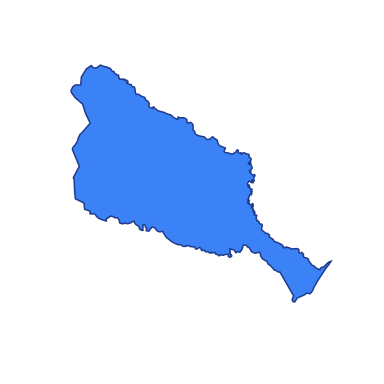 the district of La Masica, Atlántida, Honduras, rotated 119°
{"feature_id": "27666195B29134923600773", "entity_name": "La Masica", "entity_type": "district", "adm_level": 2, "iso_a3": "HND", "parent_name": "Honduras", "parent_adm1": "Atlántida", "projection": "natural_earth1", "projection_center": [-87.15, 15.604], "detail": "fine", "context": "isolated", "style": "filled", "palette": "blue", "viewbox_px": 384, "rotation_deg": 119, "n_neighbors": 0, "source": "geoboundaries", "source_scale": "gbopen_adm2", "svg_char_len": 6087}
<svg xmlns="http://www.w3.org/2000/svg" viewBox="0 0 384 384"><g transform="rotate(119 192 192)"><path d="M130.3,341.5L135.5,344.1L145.1,344.5L152.4,341.2L154.6,345.5L156.5,346.8L158.1,347.2L161.3,347.1L162.8,346.3L163.7,345.3L166.1,340.1L168.2,330.2L174.7,323.4L181.1,314.4L193.5,317.0L195.7,317.8L199.4,317.7L203.4,316.8L208.0,317.1L210.6,317.7L212.1,317.6L212.9,317.1L224.2,303.0L236.9,302.8L238.3,301.1L249.8,294.0L254.5,290.7L254.0,281.2L259.2,277.5L258.1,272.0L260.5,270.6L259.8,269.1L258.7,267.3L258.5,266.6L258.6,265.3L259.6,263.8L260.3,260.3L259.1,253.3L258.7,252.8L257.3,254.0L256.9,254.0L254.2,252.2L253.1,252.1L252.9,251.5L252.0,250.5L251.8,248.8L251.9,247.0L250.9,245.1L250.9,244.4L251.2,243.3L252.9,240.9L254.1,240.4L253.8,238.1L252.9,236.5L251.5,235.8L251.5,233.9L250.4,232.3L249.2,231.1L246.5,229.4L245.7,228.6L247.1,226.8L247.6,225.3L247.9,221.8L250.0,219.5L249.8,216.8L249.1,216.3L248.2,217.1L245.7,218.2L244.8,219.0L244.2,219.0L243.6,217.8L243.7,217.1L245.2,215.8L245.6,214.1L247.6,213.6L248.0,213.2L248.0,212.7L247.2,211.0L246.8,210.6L245.2,210.8L243.8,210.2L242.2,210.1L241.4,208.0L241.4,207.3L242.8,203.9L243.0,202.4L242.3,200.5L241.0,199.1L240.8,198.2L241.9,196.7L244.2,192.4L245.3,185.3L245.1,179.8L245.0,179.1L243.6,176.5L243.8,173.5L243.6,172.9L242.6,171.2L241.0,169.8L240.5,169.0L240.7,168.1L240.3,166.4L239.2,164.0L239.0,162.7L240.0,161.4L239.9,160.7L239.2,159.7L237.3,159.0L236.8,158.2L237.0,156.9L238.3,155.6L238.5,155.1L237.2,153.6L237.7,151.2L237.5,150.5L236.2,148.9L236.8,147.6L236.5,146.3L236.2,145.7L235.2,145.7L235.4,144.9L234.9,144.2L234.7,143.5L234.0,143.3L233.9,142.1L234.9,141.0L234.8,140.3L234.2,139.4L234.7,137.4L234.5,137.2L233.3,137.0L232.3,134.1L230.4,132.5L229.1,130.4L229.3,129.7L230.4,129.3L230.9,128.7L230.7,127.1L229.3,126.3L228.6,126.3L227.9,127.1L228.0,128.0L227.7,129.1L226.7,128.8L226.2,129.7L225.5,129.7L225.0,130.5L223.1,131.4L223.1,129.4L222.1,127.2L223.6,124.8L223.8,124.0L221.8,123.3L221.8,121.6L221.4,120.8L217.3,120.4L216.2,121.1L215.4,120.8L214.8,121.3L214.1,121.4L213.3,121.0L212.4,119.1L212.5,118.0L213.2,116.9L212.9,116.2L213.0,114.9L215.3,111.2L215.2,108.5L215.0,107.1L212.1,103.9L211.9,103.3L214.5,101.0L216.0,98.8L216.3,97.6L216.5,92.8L216.8,91.9L218.0,91.1L218.4,87.4L220.4,81.9L219.9,80.4L220.2,78.2L219.8,76.8L219.3,76.4L232.5,54.6L232.9,53.3L233.9,52.8L237.4,52.3L238.5,51.3L238.9,50.4L238.8,49.7L238.2,48.8L233.9,48.6L233.2,48.2L227.5,43.8L225.2,42.8L224.2,41.5L223.9,39.5L223.5,39.3L220.2,38.7L215.9,39.1L208.1,39.0L194.3,38.0L189.7,37.2L185.2,36.8L187.0,38.4L191.3,39.9L193.2,40.2L195.3,42.2L196.4,42.6L197.7,42.4L197.7,43.0L198.3,43.3L198.1,45.2L198.4,46.8L197.6,49.0L197.8,51.5L195.8,56.3L194.6,57.4L194.0,58.5L194.8,62.8L193.7,63.9L192.5,64.1L191.6,66.6L192.6,66.8L193.3,69.1L191.0,70.2L190.4,71.3L190.4,72.1L190.9,73.3L193.5,77.1L193.8,78.3L193.5,79.1L194.0,80.9L194.2,82.3L194.7,82.5L194.9,83.7L196.0,83.8L196.3,84.6L196.1,85.3L195.1,86.3L194.5,87.7L194.7,92.4L195.4,95.7L194.1,98.3L193.9,102.6L192.3,103.2L192.0,103.8L191.6,105.8L192.2,107.0L192.3,107.8L191.4,112.4L190.8,113.2L188.8,114.0L187.6,114.0L186.4,115.0L186.4,115.8L186.9,116.7L186.8,117.9L185.7,118.7L185.7,120.1L185.2,120.6L185.7,120.9L185.6,121.2L183.7,123.5L183.0,123.3L182.4,123.8L181.1,124.0L181.1,125.4L181.7,126.0L181.8,126.5L180.6,126.8L180.3,127.7L179.8,126.9L179.5,126.9L178.8,128.0L178.9,129.2L178.8,129.8L178.4,129.8L178.2,129.0L176.9,130.9L176.9,132.5L176.1,132.7L176.3,131.7L175.0,131.4L174.4,132.2L173.2,132.4L172.9,133.2L173.8,133.2L173.9,134.0L174.8,133.9L175.0,134.4L174.6,135.8L175.1,136.8L174.3,138.3L174.0,138.3L174.0,137.3L173.8,137.1L173.3,138.4L172.6,137.6L171.8,137.7L172.0,138.9L171.8,139.4L171.0,138.8L170.0,139.7L168.8,139.9L168.0,139.7L167.2,140.2L166.0,139.9L165.7,139.0L165.0,139.6L164.7,138.9L164.3,139.0L163.4,140.2L162.6,139.5L162.1,140.3L162.3,141.0L160.7,140.8L161.1,142.0L160.4,142.6L160.5,143.4L159.8,144.0L160.3,144.6L160.3,145.3L159.8,145.9L158.9,144.9L158.5,145.0L158.3,145.6L158.6,147.0L157.9,147.6L154.8,147.5L154.6,146.3L155.0,144.6L154.4,144.0L154.4,143.3L154.2,143.1L153.7,143.3L153.7,144.9L153.4,145.2L152.5,145.1L152.5,144.5L152.9,143.7L151.9,142.9L151.6,143.2L151.8,144.2L151.6,144.6L150.1,144.4L148.7,145.3L147.8,144.8L147.0,144.9L146.5,145.8L147.4,146.5L147.8,147.5L146.9,149.6L146.5,151.2L145.5,152.0L145.2,151.7L145.1,150.7L143.9,151.5L141.9,150.9L139.6,153.3L140.1,155.1L139.8,156.5L139.3,156.8L138.9,156.7L138.5,154.6L138.0,154.5L137.2,156.1L135.5,155.8L134.6,156.2L133.9,157.2L133.9,158.9L131.9,160.1L131.6,160.5L131.6,161.0L132.2,162.6L132.2,164.2L132.7,165.8L133.4,166.6L134.7,166.8L134.9,167.4L134.9,167.7L134.0,168.3L135.1,169.6L135.1,170.4L134.7,170.9L133.3,171.5L133.1,172.6L133.7,173.1L135.9,173.0L139.2,175.1L139.8,176.3L140.1,178.8L140.9,180.4L141.4,182.6L141.2,183.4L140.6,183.8L137.8,183.9L137.4,184.2L138.0,189.1L138.0,191.1L136.6,193.3L134.6,194.8L134.2,196.2L134.3,198.3L133.6,200.0L134.2,201.2L137.2,202.0L138.6,204.0L138.8,205.1L138.0,207.1L137.9,208.0L139.7,213.9L139.7,216.7L138.8,218.2L137.6,219.2L137.5,220.4L137.0,221.2L133.0,223.5L132.5,224.1L131.9,225.7L131.8,226.8L132.8,228.4L133.8,229.2L134.0,229.6L133.5,230.3L131.4,231.4L130.8,232.9L131.1,235.5L132.7,238.1L133.2,240.5L133.7,240.4L135.1,239.5L135.5,239.9L135.8,243.4L135.6,245.1L135.0,246.8L134.9,248.3L135.8,251.9L135.9,254.9L137.4,260.9L136.9,265.0L136.1,266.8L136.5,267.2L137.6,266.8L138.0,267.1L138.3,269.1L138.3,270.8L138.0,271.5L135.9,271.8L135.0,272.7L134.0,274.7L134.0,277.0L132.9,278.0L132.2,279.3L132.7,282.1L132.5,286.5L133.5,287.9L133.5,288.5L132.8,289.4L129.8,291.6L128.1,293.3L128.6,294.5L128.8,295.6L127.5,297.4L128.1,298.7L128.5,301.8L128.3,302.1L127.8,302.1L126.8,301.3L126.2,301.9L126.2,302.7L125.9,303.2L126.1,303.9L126.9,304.9L126.1,305.4L126.1,306.2L126.9,306.5L127.3,308.6L128.1,309.1L128.4,309.8L127.3,311.5L125.4,312.9L126.2,314.6L125.7,315.4L125.7,317.4L124.5,318.7L125.0,320.4L123.8,322.8L123.5,323.9L124.0,325.1L123.8,326.4L124.2,327.8L124.8,328.5L124.7,329.6L125.2,331.7L125.3,333.5L130.0,336.0L131.2,338.2L130.3,341.5Z" fill="#3b82f6" stroke="#1e3a8a" stroke-width="1.5"/></g></svg>